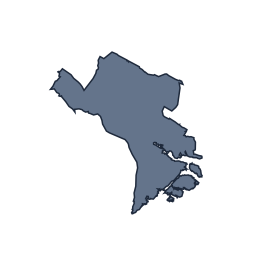 outline of Flekkefjord nor, Vest-Agder, Norway, rotated 304°
{"feature_id": "86288312B20196044889227", "entity_name": "Flekkefjord nor", "entity_type": "district", "adm_level": 2, "iso_a3": "NOR", "parent_name": "Norway", "parent_adm1": "Vest-Agder", "projection": "albers", "projection_center": [6.638, 58.382], "detail": "fine", "context": "isolated", "style": "filled", "palette": "slate", "viewbox_px": 256, "rotation_deg": 304, "n_neighbors": 0, "source": "geoboundaries", "source_scale": "gbopen_adm2", "svg_char_len": 5969}
<svg xmlns="http://www.w3.org/2000/svg" viewBox="0 0 256 256"><g transform="rotate(304 128 128)"><path d="M171.6,64.9L167.5,65.4L165.3,67.3L162.7,68.1L161.6,69.7L160.1,70.3L158.3,69.6L155.3,70.8L149.4,71.4L134.6,70.5L136.6,66.8L137.7,63.8L138.3,60.7L138.8,55.2L140.3,51.0L140.4,40.5L136.8,40.2L136.2,39.0L135.4,38.5L135.1,39.2L135.4,40.0L134.7,40.9L132.4,41.7L132.6,43.2L127.5,42.6L126.1,41.6L120.7,42.4L116.7,42.1L119.2,45.1L117.6,49.1L118.0,51.6L116.9,52.7L116.0,52.7L116.3,54.1L117.4,54.9L116.8,55.5L115.0,61.7L112.9,67.0L112.8,71.4L111.5,75.1L113.6,73.3L116.5,76.7L117.5,79.7L117.2,81.4L117.5,84.0L119.4,85.8L118.5,86.6L118.4,87.4L118.8,88.1L119.6,92.2L122.7,95.0L122.2,98.7L119.8,102.1L117.0,104.8L113.4,111.8L113.6,115.3L116.8,132.1L115.6,136.0L114.8,137.4L112.4,139.8L108.5,146.3L104.6,154.5L100.3,158.3L93.4,161.1L84.1,167.0L77.5,169.4L74.1,172.2L70.6,173.3L70.9,173.6L70.7,174.2L69.9,174.3L69.3,175.2L65.3,176.0L63.3,177.3L62.9,177.0L62.5,178.1L59.7,178.4L59.2,179.4L59.8,179.9L60.5,179.2L60.2,180.0L62.3,181.5L64.8,181.5L66.8,183.0L71.7,182.9L71.0,183.3L73.3,183.7L73.4,183.3L72.6,182.8L73.3,182.3L73.8,183.6L73.6,183.9L74.4,184.0L74.8,184.6L74.3,185.1L75.4,185.9L77.1,185.1L78.1,185.9L78.6,185.5L78.3,183.8L79.4,183.7L79.2,182.2L82.0,181.8L82.6,183.1L82.0,183.4L82.5,183.4L80.9,183.6L81.1,184.0L80.4,184.0L80.5,184.6L81.2,186.1L82.3,186.3L82.3,187.0L83.3,188.8L87.6,189.3L87.5,189.9L88.2,190.2L90.0,189.1L91.2,189.7L91.7,189.0L91.6,188.3L92.7,188.2L93.6,189.2L94.1,186.7L94.4,187.3L94.2,187.6L95.3,188.3L94.8,188.6L94.8,189.6L94.5,189.9L96.2,190.3L96.5,191.0L96.0,192.0L96.3,192.5L97.6,192.7L96.9,192.3L97.6,191.6L101.0,192.4L102.3,193.4L108.2,194.0L110.3,195.4L118.3,196.4L120.7,196.3L122.4,195.5L123.2,196.9L124.0,196.8L124.1,197.6L124.7,197.6L125.7,198.7L125.7,199.5L126.4,198.8L126.9,199.6L126.9,198.6L127.3,198.3L127.1,196.6L127.4,196.5L127.7,197.7L128.2,197.3L127.8,197.1L129.0,197.2L130.9,196.1L131.2,196.9L131.6,196.2L130.6,193.7L130.6,192.6L129.3,190.5L129.5,189.8L129.0,188.4L126.6,185.3L126.9,184.7L126.0,182.3L126.1,181.4L126.8,181.5L126.9,177.1L127.3,176.8L127.5,174.9L129.0,175.0L127.0,172.9L127.6,172.3L126.4,170.3L128.4,169.4L128.9,170.4L129.9,170.6L130.6,169.2L130.6,168.4L130.0,168.2L129.9,166.6L129.4,166.2L129.3,160.3L128.8,158.4L130.0,157.5L130.8,157.9L131.3,158.8L131.0,159.1L131.6,159.7L130.9,160.2L130.8,161.0L131.5,162.1L130.6,163.2L132.2,164.0L131.9,164.6L132.7,164.9L133.3,166.4L132.8,166.7L131.2,165.2L130.1,165.9L131.1,167.3L130.6,168.2L130.8,169.1L130.1,170.6L130.4,170.9L129.3,173.6L130.4,173.8L131.1,175.2L132.1,175.2L132.9,176.6L132.3,178.7L130.4,180.5L130.5,181.1L129.6,182.8L129.4,183.3L130.0,185.3L130.4,186.0L132.5,186.0L132.1,186.2L132.3,187.9L133.8,188.3L134.2,188.0L134.2,185.6L136.6,185.4L135.5,187.8L135.6,188.4L136.6,189.0L136.8,190.5L137.7,191.7L138.8,191.3L139.1,189.8L139.9,189.4L140.0,188.7L140.7,188.7L138.1,192.8L138.5,195.3L140.1,197.9L139.8,198.2L140.1,199.0L141.8,201.6L141.8,202.7L142.4,204.7L144.5,206.1L145.5,205.4L145.9,204.8L144.7,201.9L143.9,198.5L143.1,197.1L145.8,194.8L147.2,195.9L148.0,195.7L154.0,191.8L155.5,188.9L156.8,188.1L156.0,185.0L155.1,184.1L154.5,182.2L153.2,181.1L153.7,180.0L153.1,178.5L157.3,178.3L157.2,177.5L158.4,178.1L159.6,177.8L159.4,174.0L158.9,172.9L159.3,168.6L159.7,168.6L159.1,167.9L159.4,163.8L159.2,157.0L158.3,157.0L157.7,151.9L158.0,150.2L161.1,146.9L166.0,146.1L166.6,154.8L171.8,156.1L175.1,156.1L190.3,148.7L193.9,145.3L194.9,149.1L196.8,146.2L196.4,145.4L196.5,144.2L195.6,143.4L194.9,140.1L194.2,132.5L194.4,129.9L193.4,128.5L187.7,124.6L187.0,120.1L186.1,119.7L183.7,114.5L184.0,110.9L183.7,110.7L184.4,107.0L184.2,104.1L185.1,103.1L183.8,90.8L183.3,91.0L183.8,89.8L183.2,89.5L183.7,88.6L182.7,79.6L183.0,77.6L182.0,72.3L172.0,69.2L171.6,64.9ZM105.3,195.6L104.6,196.2L104.5,197.1L104.8,197.2L104.1,198.0L104.0,199.1L104.7,199.4L104.9,200.0L104.5,200.5L105.4,201.2L106.0,202.8L107.3,203.0L106.4,203.2L106.3,204.0L107.0,204.7L107.1,206.3L107.8,206.6L107.9,207.9L109.0,208.7L109.7,207.4L110.2,208.1L110.0,209.2L109.5,209.5L109.4,210.7L109.8,211.5L110.1,211.0L110.5,213.5L113.9,215.0L114.3,215.5L113.9,215.7L114.1,215.9L116.9,216.4L119.0,215.1L119.0,214.7L119.4,214.7L119.3,214.0L119.8,213.8L119.7,214.5L120.1,214.6L118.4,215.7L118.5,216.1L119.7,216.1L119.9,216.3L119.6,216.5L120.3,217.5L122.2,217.3L122.6,213.7L120.8,214.3L122.5,213.2L122.2,212.3L122.7,212.2L122.8,209.6L123.5,210.0L123.3,208.2L123.8,207.9L123.8,206.9L123.3,206.6L123.4,206.0L122.7,205.0L122.8,204.3L121.1,202.3L120.8,201.2L119.9,200.8L119.4,199.6L117.7,198.8L117.6,197.6L114.7,197.8L113.0,196.8L105.3,195.6ZM99.4,195.1L96.6,193.8L96.3,194.0L96.6,194.7L96.2,194.7L94.5,194.5L95.4,195.2L95.1,195.9L95.3,196.7L95.9,196.8L95.6,197.2L97.1,197.0L94.9,198.4L95.4,199.2L96.5,200.1L97.2,199.0L97.8,199.5L97.6,200.1L98.9,200.2L98.5,200.5L97.5,200.4L97.2,200.6L97.6,200.8L97.2,200.9L97.6,201.9L97.3,202.8L97.8,202.2L97.5,203.1L97.8,204.9L98.1,205.6L98.8,205.0L99.0,205.5L98.5,205.8L99.1,206.2L97.2,208.1L99.2,207.5L99.6,209.5L101.5,210.8L105.7,209.5L105.3,209.0L106.2,208.2L106.4,205.8L105.1,203.5L104.4,204.1L104.0,202.1L104.6,202.1L104.3,200.6L103.0,200.3L103.5,199.8L103.8,198.5L104.0,198.2L104.3,197.7L104.5,196.2L103.6,195.8L103.7,196.5L103.3,195.6L99.4,195.1ZM132.4,199.5L129.3,201.3L127.9,203.8L128.2,204.4L127.8,205.1L128.4,205.5L128.2,206.0L128.4,206.9L127.9,208.3L128.1,209.4L128.6,209.6L128.2,210.2L128.7,210.8L127.4,212.6L127.1,213.9L127.5,214.0L127.3,214.8L127.5,215.1L128.2,215.0L128.7,216.5L130.0,216.0L130.4,214.7L133.3,212.1L134.3,210.6L134.5,209.0L135.7,208.0L135.7,206.8L134.6,203.7L134.9,203.0L134.0,201.4L134.7,200.7L133.9,200.5L134.1,200.9L133.9,201.1L134.0,201.7L133.4,199.9L133.0,200.3L132.4,199.5ZM91.9,200.8L90.2,200.7L90.0,201.6L91.1,202.8L90.3,202.6L90.2,203.6L91.3,203.9L91.9,206.1L92.4,205.9L92.9,204.6L93.2,204.8L92.9,204.8L93.1,206.4L95.1,205.4L95.0,202.2L95.6,200.8L93.5,201.0L93.8,201.6L92.4,201.5L91.9,200.8Z" fill="#64748b" stroke="#1e293b" stroke-width="1.5"/></g></svg>